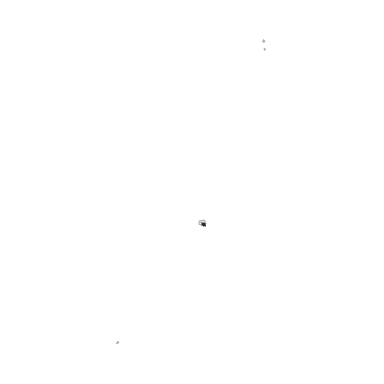 U, Pohnpei, Federated States of Micronesia (highlighted), rotated 104°
{"feature_id": "79324940B31691034545854", "entity_name": "U", "entity_type": "district", "adm_level": 2, "iso_a3": "FSM", "parent_name": "Federated States of Micronesia", "parent_adm1": "Pohnpei", "projection": "natural_earth1", "projection_center": [158.28, 6.951], "detail": "medium", "context": "in_parent", "style": "filled", "palette": "slate", "viewbox_px": 384, "rotation_deg": 104, "n_neighbors": 0, "source": "geoboundaries", "source_scale": "gbopen_adm2", "svg_char_len": 1560}
<svg xmlns="http://www.w3.org/2000/svg" viewBox="0 0 384 384"><g transform="rotate(104 192 192)"><path d="M221.7,177.2L220.1,178.0L218.0,177.6L217.3,174.9L216.3,174.2L216.5,172.8L218.0,171.7L221.2,172.6L222.3,174.5L221.6,175.8L221.7,177.2ZM29.3,159.4L29.0,159.8L27.3,159.6L27.0,159.4L27.2,159.2L28.0,159.0L28.1,158.4L27.7,158.3L28.1,157.9L28.7,157.9L29.1,158.3L29.3,158.8L29.3,159.4ZM356.7,227.1L357.0,228.7L355.1,227.9L354.9,227.3L356.0,226.7L356.7,227.1ZM36.0,156.5L35.5,156.7L35.3,156.5L35.4,155.6L35.6,155.4L36.0,155.3L36.9,155.6L36.9,155.8L36.0,156.5Z" fill="#d9dde1" stroke="#a8b0b8" stroke-width="1"/><path d="M220.9,173.5L220.9,173.3L220.9,173.5L220.8,173.4L220.7,173.2L220.8,173.0L220.8,172.9L220.7,172.9L220.6,172.7L220.7,172.4L220.6,172.2L220.4,172.3L220.4,172.2L220.3,172.3L220.4,172.2L220.2,172.2L220.3,172.1L220.3,171.9L220.2,171.9L220.1,172.0L220.1,171.9L220.1,172.0L220.1,171.9L220.1,172.0L220.0,171.9L220.0,172.0L219.9,172.0L219.8,172.3L219.7,172.4L219.8,172.6L219.7,172.8L219.9,172.9L220.1,173.2L220.2,173.5L220.1,174.0L220.4,173.7L220.6,173.7L220.7,173.8L220.8,173.7L220.9,173.5ZM221.5,172.3L221.4,172.2L221.3,172.3L221.2,172.5L221.1,172.8L221.1,173.0L221.0,172.9L221.0,173.0L220.9,173.0L221.0,173.3L221.3,173.2L221.2,173.0L221.2,172.9L221.3,173.0L221.4,172.9L221.4,172.7L221.5,172.6L221.4,172.6L221.4,172.4L221.5,172.3ZM220.9,171.8L221.0,171.6L221.3,171.4L221.3,171.2L221.1,171.3L220.9,171.5L221.0,171.5L220.9,171.5L220.9,171.4L220.7,171.5L220.8,171.5L220.7,171.6L220.9,171.8Z" fill="#64748b" stroke="#1e293b" stroke-width="1.5"/></g></svg>